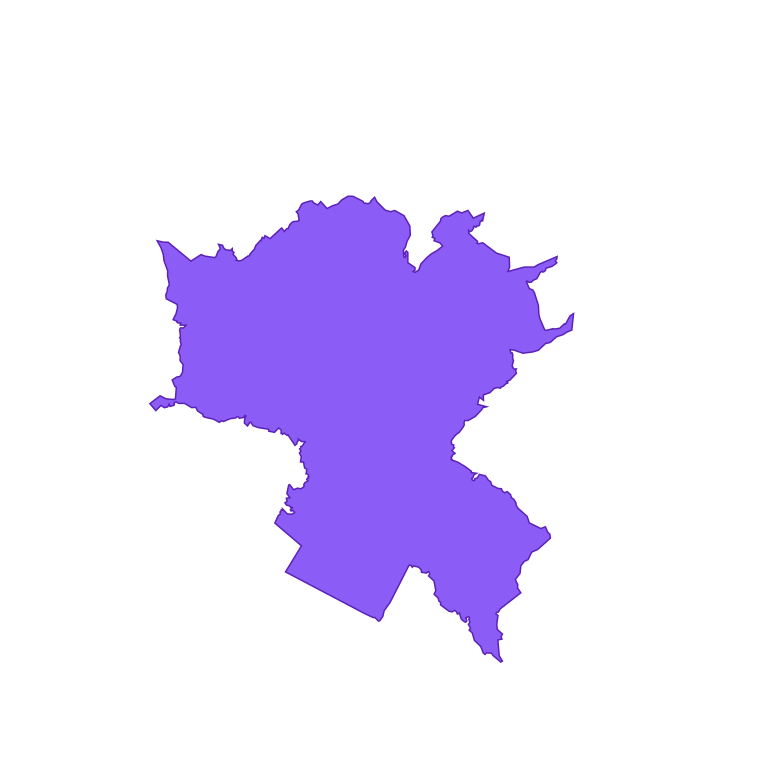 Beica De Jos, Mures, Romania, rotated 219°
{"feature_id": "2599482B29333301667033", "entity_name": "Beica De Jos", "entity_type": "district", "adm_level": 2, "iso_a3": "ROU", "parent_name": "Romania", "parent_adm1": "Mures", "projection": "mercator", "projection_center": [24.821, 46.717], "detail": "fine", "context": "isolated", "style": "filled", "palette": "violet", "viewbox_px": 768, "rotation_deg": 219, "n_neighbors": 0, "source": "geoboundaries", "source_scale": "gbopen_adm2", "svg_char_len": 6171}
<svg xmlns="http://www.w3.org/2000/svg" viewBox="0 0 768 768"><g transform="rotate(219 384 384)"><path d="M410.2,573.1L413.6,579.9L419.0,569.1L428.0,571.7L431.3,565.8L435.7,564.5L439.0,555.4L442.3,553.4L443.7,550.1L443.8,548.1L442.6,546.2L442.5,532.3L439.2,530.0L438.8,528.3L436.2,529.3L435.3,526.8L429.3,528.9L425.2,528.0L426.8,520.8L429.0,515.4L430.2,509.5L430.9,500.6L428.7,494.3L430.2,490.2L432.1,489.7L431.6,492.1L433.2,494.0L441.8,493.3L448.3,501.3L450.4,501.4L450.5,500.7L450.0,498.4L447.6,497.5L447.2,495.5L448.1,495.2L450.6,497.2L453.2,500.5L453.5,504.0L455.8,509.2L457.2,516.2L463.4,523.1L474.4,527.4L484.8,525.6L487.4,522.0L492.4,519.9L504.0,521.1L508.8,523.2L509.4,518.1L508.8,516.6L509.7,514.2L513.5,512.0L515.5,512.7L526.1,510.4L530.1,507.4L532.6,500.8L533.1,494.8L536.1,490.3L538.7,484.5L548.0,486.0L548.1,481.4L552.9,480.5L554.8,481.1L556.7,479.6L560.2,474.5L561.2,472.1L559.8,465.3L560.6,462.7L557.9,462.1L553.0,457.8L553.2,456.6L556.7,453.1L557.2,451.6L557.5,448.8L556.4,444.2L557.4,443.3L557.4,439.8L561.6,440.9L561.9,440.2L564.0,425.3L569.8,424.4L569.0,421.7L570.9,421.4L569.8,418.0L570.4,417.9L570.8,411.0L569.6,407.2L569.9,400.4L569.2,398.8L570.3,397.8L572.3,390.7L573.8,388.7L576.5,387.1L576.5,388.0L578.3,389.1L582.9,389.8L583.5,391.9L585.7,391.9L587.1,393.7L587.5,391.1L591.5,388.7L594.3,388.9L596.8,390.2L600.5,388.4L596.8,386.5L596.2,385.2L596.5,382.8L594.7,377.1L595.3,375.6L603.6,370.7L607.6,369.5L611.4,358.0L641.0,358.3L645.0,355.2L650.4,352.6L642.6,349.3L637.2,345.9L632.6,341.4L623.3,335.8L620.3,331.9L613.2,325.9L612.7,322.3L610.7,319.4L609.7,316.0L606.9,313.2L594.7,315.7L592.3,313.0L589.8,307.6L588.4,301.3L584.1,302.6L583.9,301.8L582.8,301.7L580.2,303.3L579.5,301.5L574.9,305.0L575.0,301.4L577.5,299.5L577.0,297.6L572.3,293.1L571.9,291.2L570.7,291.3L569.3,289.1L566.2,286.8L566.2,285.5L563.6,279.3L560.0,277.5L557.2,273.8L552.4,272.7L548.0,266.3L547.2,261.8L549.5,258.9L551.2,253.9L545.1,250.5L543.3,250.7L536.8,241.3L537.3,239.9L544.1,235.3L550.6,233.9L553.6,221.4L544.6,219.7L543.8,227.0L539.7,227.4L537.7,230.1L538.3,233.0L536.1,231.9L533.9,235.1L533.9,236.1L535.2,237.0L534.5,239.1L531.4,239.7L526.8,243.4L518.6,244.6L515.6,247.4L511.9,245.7L505.3,246.4L504.6,245.2L502.6,245.3L494.3,249.4L487.8,250.6L487.2,253.1L485.1,253.9L481.8,260.1L477.8,264.5L477.5,266.2L476.5,266.9L474.8,266.4L472.1,269.6L472.2,272.2L471.1,272.1L470.3,269.1L467.9,265.8L463.7,265.5L464.1,269.7L463.6,270.4L459.4,269.2L453.9,271.2L445.8,275.9L444.9,276.0L443.9,274.8L438.7,277.5L438.2,283.4L435.0,283.6L432.9,280.8L432.2,281.5L431.2,281.0L430.6,283.0L427.0,283.1L426.6,284.0L414.5,280.3L414.1,282.6L414.9,283.9L415.0,286.3L415.9,287.3L412.1,287.3L409.0,289.5L408.5,284.1L409.4,283.0L408.4,281.8L408.7,280.4L406.2,279.6L406.4,277.2L402.6,275.5L399.9,270.9L397.4,272.6L392.9,268.8L390.3,269.1L388.0,265.1L386.6,266.0L384.3,265.1L384.7,264.4L383.5,263.4L384.2,262.8L384.0,261.2L382.2,260.8L383.4,257.4L383.1,255.5L381.6,254.1L382.5,250.4L385.8,248.5L387.7,245.0L393.9,246.4L394.5,245.5L390.5,237.7L385.7,236.5L388.0,233.7L385.4,231.8L386.2,229.3L383.5,228.5L381.0,229.8L378.2,229.2L378.1,230.1L377.4,229.6L377.0,230.7L377.6,227.3L376.3,226.8L374.8,228.5L372.6,227.8L373.6,224.9L377.3,222.2L384.3,223.1L383.4,222.1L384.7,221.6L384.0,219.9L384.3,219.2L382.8,217.5L383.4,215.4L381.3,207.2L346.3,206.3L342.3,176.0L255.1,193.3L245.3,195.7L244.2,196.8L239.0,196.3L238.3,197.2L238.6,202.5L241.2,207.9L241.8,218.0L250.5,258.9L248.8,260.0L246.7,259.4L246.6,261.2L242.0,263.4L238.3,263.1L236.4,261.3L232.0,263.8L231.6,265.9L230.9,266.4L228.9,265.1L228.6,262.9L221.2,262.4L213.7,256.0L212.7,252.1L207.2,251.7L204.7,249.8L202.6,249.9L201.0,247.9L190.6,248.3L187.6,249.8L186.7,252.5L184.8,252.7L182.1,251.4L181.3,253.5L176.0,249.9L171.7,249.8L170.6,250.4L170.4,251.8L173.2,254.0L171.9,256.3L170.8,256.4L170.2,256.0L170.2,254.6L167.3,252.9L167.2,250.3L163.0,248.6L163.0,246.3L158.8,246.1L152.3,241.6L143.7,240.9L137.6,237.4L135.3,237.4L135.1,239.6L131.0,242.5L128.6,241.6L118.2,241.4L117.6,243.2L123.4,245.3L134.4,256.7L131.8,260.0L134.1,261.3L134.5,264.2L141.4,264.6L145.0,268.0L149.8,275.9L152.3,275.7L152.8,277.0L151.6,278.8L152.2,282.2L146.3,307.9L151.7,309.4L153.8,312.2L158.9,314.7L159.1,322.4L163.3,329.0L163.3,334.6L161.5,338.1L163.4,346.2L160.4,352.3L157.7,369.0L160.6,371.7L163.4,371.8L168.7,374.6L171.1,370.4L183.6,367.5L189.5,371.2L201.7,371.8L204.9,372.9L206.8,374.8L210.7,376.1L213.5,375.9L216.1,377.7L220.5,377.9L222.1,375.3L224.8,375.3L226.8,376.5L229.7,374.6L236.3,373.1L239.9,375.3L241.8,374.8L247.4,376.4L253.0,373.8L252.4,369.9L253.8,367.6L253.0,365.7L254.8,364.9L256.4,365.9L255.9,367.1L257.0,370.1L255.9,372.8L260.6,370.0L261.2,371.2L268.9,370.9L277.5,369.7L284.0,367.5L284.0,368.4L285.6,368.9L285.5,371.0L286.1,371.6L285.1,374.8L289.2,374.9L289.2,378.7L290.1,378.7L291.5,380.5L293.3,379.7L295.9,382.0L296.3,386.0L296.1,390.2L295.1,393.7L295.4,400.4L295.8,402.6L297.5,404.4L298.3,406.4L295.6,408.6L292.6,416.4L291.9,426.0L292.5,427.3L290.0,430.9L298.5,427.1L301.6,433.8L296.4,433.9L299.9,438.0L296.2,444.0L295.6,449.9L293.7,452.6L290.9,454.0L291.0,455.6L289.9,457.4L289.4,461.2L288.4,462.4L288.9,463.3L290.3,463.3L288.6,466.2L287.8,475.7L290.2,477.2L290.6,479.0L292.6,477.4L295.8,478.7L298.1,483.7L299.9,484.6L302.4,487.9L304.0,488.8L304.7,487.8L307.6,490.0L304.6,492.0L295.4,495.4L288.7,502.4L285.3,507.3L283.9,517.2L281.0,520.8L279.6,529.3L276.0,534.9L274.6,539.3L272.0,544.1L281.0,558.0L282.3,554.0L280.6,544.9L281.7,544.3L282.6,537.8L286.5,533.6L287.3,533.6L291.7,527.7L293.2,527.2L303.8,532.8L307.5,535.6L313.4,542.2L324.7,549.7L327.6,550.7L331.0,549.6L337.8,553.1L337.7,553.9L335.3,554.2L333.8,555.6L333.0,559.2L331.5,562.0L332.8,569.2L332.0,571.2L331.0,570.9L330.2,572.3L330.0,573.9L331.0,575.8L327.6,580.9L326.5,584.2L326.0,587.0L328.4,587.5L328.4,589.9L329.7,592.0L339.4,573.6L340.9,569.4L348.7,563.0L358.5,549.4L360.0,554.0L366.5,561.3L379.0,556.5L396.1,555.9L398.8,552.6L400.3,551.9L401.0,553.7L412.9,554.4L414.8,556.5L413.2,556.2L412.2,558.2L412.5,561.2L413.4,563.2L411.5,563.6L411.0,564.3L411.4,565.2L409.9,566.6L409.8,567.8L411.5,570.6L410.9,571.5L411.1,573.3L410.2,573.1Z" fill="#8b5cf6" stroke="#5b21b6" stroke-width="1.5"/></g></svg>